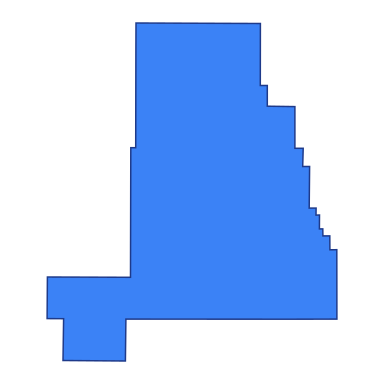 outline of Golden Valley, Montana, United States of America
{"feature_id": "52423323B93637300431775", "entity_name": "Golden Valley", "entity_type": "district", "adm_level": 2, "iso_a3": "USA", "parent_name": "United States of America", "parent_adm1": "Montana", "projection": "albers", "projection_center": [-109.079, 46.398], "detail": "fine", "context": "isolated", "style": "filled", "palette": "blue", "viewbox_px": 384, "rotation_deg": 0, "n_neighbors": 0, "source": "geoboundaries", "source_scale": "gbopen_adm2", "svg_char_len": 519}
<svg xmlns="http://www.w3.org/2000/svg" viewBox="0 0 384 384"><path d="M288.9,319.2L336.9,319.1L336.8,249.7L329.9,249.8L329.8,235.9L322.9,235.9L322.8,228.9L319.4,228.9L319.5,215.0L316.0,215.1L316.1,208.1L309.2,208.1L309.6,166.5L302.7,166.5L303.2,148.3L294.9,148.3L294.9,106.6L267.3,106.2L267.3,85.5L260.3,85.5L260.4,23.5L136.0,23.0L135.9,50.6L135.7,147.7L130.8,147.7L130.5,277.3L47.4,277.0L47.1,318.6L63.6,318.7L63.0,360.5L125.4,361.0L125.9,319.1L288.9,319.2Z" fill="#3b82f6" stroke="#1e3a8a" stroke-width="1.5"/></svg>